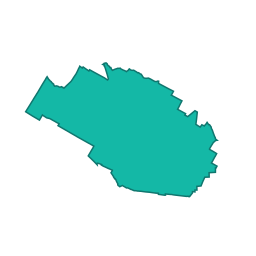 outline of General Enrique Estrada, Zacatecas, Mexico, rotated 28°
{"feature_id": "50627088B25057749099085", "entity_name": "General Enrique Estrada", "entity_type": "district", "adm_level": 2, "iso_a3": "MEX", "parent_name": "Mexico", "parent_adm1": "Zacatecas", "projection": "albers", "projection_center": [-102.806, 23.015], "detail": "fine", "context": "isolated", "style": "filled", "palette": "teal", "viewbox_px": 256, "rotation_deg": 28, "n_neighbors": 0, "source": "geoboundaries", "source_scale": "gbopen_adm2", "svg_char_len": 5201}
<svg xmlns="http://www.w3.org/2000/svg" viewBox="0 0 256 256"><g transform="rotate(28 128 128)"><path d="M199.6,87.4L198.4,86.8L198.1,87.0L197.7,87.2L195.2,85.9L195.1,87.2L195.0,87.8L194.4,90.2L194.4,90.4L193.1,90.4L191.7,90.5L191.3,93.3L191.2,93.3L190.2,93.2L189.0,93.2L188.5,93.1L186.2,92.9L184.4,88.1L181.7,81.4L181.4,81.4L179.0,81.3L176.4,87.5L175.4,89.9L172.1,89.9L172.1,88.3L163.0,88.2L163.0,86.6L163.0,84.7L162.9,82.7L162.9,78.7L158.2,78.7L156.4,78.7L154.4,78.7L152.5,78.7L150.8,78.7L150.9,77.0L150.9,74.2L150.3,74.2L146.0,74.3L139.8,74.3L135.8,74.3L134.0,74.3L133.1,72.3L132.4,72.5L132.1,72.8L131.4,73.6L130.0,74.3L127.8,74.3L125.2,74.2L122.7,74.3L121.6,75.0L120.9,75.5L119.3,76.2L118.0,76.3L114.4,74.3L113.9,74.5L113.4,74.5L113.2,74.5L112.6,74.3L111.8,74.3L111.3,74.2L110.6,74.7L109.5,74.5L105.9,74.3L104.7,75.1L103.8,75.4L102.7,75.5L102.1,75.5L101.9,75.2L101.4,75.2L101.2,76.0L101.0,77.4L100.6,77.9L100.3,78.3L100.2,78.7L100.1,79.0L99.2,78.9L98.1,78.9L96.9,79.1L95.7,79.1L94.2,79.2L93.0,78.8L91.9,79.7L91.1,79.9L89.9,81.2L88.9,82.2L88.2,83.1L87.9,83.6L87.3,84.0L87.1,84.4L86.3,84.0L85.7,83.8L85.2,83.4L84.9,83.0L84.7,83.0L84.4,82.7L83.6,83.1L83.2,82.7L82.7,82.3L81.6,82.3L80.9,82.1L80.6,81.9L80.3,81.9L80.0,81.8L79.5,81.1L79.0,81.0L78.5,80.9L78.3,80.8L78.0,80.9L77.7,81.1L77.5,81.3L77.3,81.6L77.2,82.0L76.6,82.0L76.4,82.8L76.2,83.2L75.9,83.7L77.2,83.6L77.4,83.9L77.8,83.9L77.9,84.4L78.2,84.4L79.8,85.8L84.4,90.4L87.6,93.8L87.5,94.8L87.4,95.2L86.9,95.2L86.3,95.1L85.4,95.0L83.7,94.8L82.4,94.8L71.2,94.7L66.8,94.6L66.7,96.0L63.7,95.7L59.7,95.2L59.5,96.5L56.4,96.1L56.5,96.6L56.5,96.8L56.5,97.3L56.5,97.7L56.5,98.4L56.5,99.2L56.6,99.4L56.6,100.0L56.6,100.4L56.6,100.8L56.7,101.7L56.7,102.2L56.7,102.7L56.7,103.3L56.8,104.7L56.6,105.2L56.6,106.1L56.5,106.8L56.4,107.6L56.3,108.7L56.2,109.7L56.2,110.6L56.1,111.3L56.0,112.2L55.9,113.2L55.7,114.0L55.5,114.7L55.2,115.5L54.8,116.8L54.4,117.9L53.8,119.6L53.5,120.6L52.7,122.9L51.9,122.9L51.6,122.9L51.4,122.9L51.3,122.7L51.1,122.8L50.8,122.9L50.6,122.8L50.3,122.7L50.0,122.7L49.9,122.9L49.7,122.9L49.5,123.1L49.2,123.5L48.8,124.0L48.5,124.0L47.7,124.1L47.3,124.1L46.9,124.0L46.7,124.1L46.4,124.1L46.2,124.1L45.8,124.3L45.5,124.3L45.2,124.4L44.9,124.5L44.7,124.7L44.4,125.0L44.1,125.1L43.9,125.3L43.7,125.3L43.5,125.5L43.2,125.4L42.9,125.2L42.7,125.1L42.4,124.9L42.3,124.7L42.0,124.7L41.8,124.5L41.6,124.4L41.4,124.3L41.4,124.1L41.0,124.1L40.9,124.0L40.6,123.9L40.3,124.0L39.9,123.8L39.6,123.7L39.4,123.7L39.1,123.5L38.9,123.5L38.8,123.4L38.6,123.3L38.4,123.1L37.9,123.1L37.4,123.0L36.6,122.8L36.2,122.5L35.9,122.5L35.6,122.5L35.5,122.4L35.4,122.4L35.2,122.2L34.8,122.1L34.6,122.0L34.3,121.8L34.1,121.7L33.7,121.5L33.6,121.3L33.3,121.2L32.5,120.7L32.3,122.4L32.3,124.6L32.2,125.4L31.9,130.4L31.5,140.1L31.4,140.2L31.3,142.4L31.0,146.3L30.9,148.9L30.8,149.5L30.6,153.0L30.0,161.7L34.4,162.0L35.7,162.1L37.2,162.2L38.2,162.3L38.6,162.3L46.1,162.6L46.3,156.8L46.3,156.7L47.8,156.9L48.9,157.0L49.2,157.0L51.1,157.2L51.5,157.2L53.4,156.7L54.7,156.4L55.1,156.4L58.2,156.5L58.4,156.5L60.0,156.5L60.3,156.5L61.7,156.6L61.9,156.6L62.9,156.6L65.2,156.6L65.1,158.8L82.3,159.4L85.3,159.5L85.7,159.5L87.1,159.6L92.7,159.7L96.1,159.8L106.3,160.0L106.4,161.9L106.3,163.6L106.1,168.6L106.0,171.3L113.6,173.5L114.5,173.8L117.9,174.9L117.3,174.1L117.4,173.5L118.2,173.2L118.3,173.3L119.4,172.9L120.7,172.8L121.9,172.6L121.9,173.2L124.0,173.3L124.5,173.3L125.2,173.2L126.8,173.1L129.1,173.0L129.9,173.0L130.1,172.8L130.8,172.8L131.9,172.8L132.7,172.7L134.0,172.6L134.1,172.9L134.1,173.6L134.1,174.5L134.0,175.5L138.2,177.8L138.2,178.0L139.5,178.7L140.2,178.7L140.2,179.1L140.6,179.2L141.4,179.2L142.2,180.0L143.4,180.9L144.6,181.7L145.2,182.0L145.3,182.4L145.6,182.9L146.2,183.4L147.4,183.5L148.3,183.7L150.0,181.4L151.6,181.5L152.7,181.5L153.5,181.6L154.9,181.6L155.5,181.1L156.3,181.0L157.4,180.9L158.8,180.9L159.2,180.9L159.4,180.9L159.8,180.7L161.4,180.6L162.3,180.5L162.9,180.5L163.4,180.1L163.6,180.0L164.2,179.8L164.6,179.7L164.8,179.5L165.3,179.4L165.6,179.3L166.0,179.2L166.8,178.8L168.5,178.1L168.9,177.9L169.1,177.8L169.9,177.5L170.5,177.3L173.7,176.1L177.4,174.5L177.5,174.5L179.2,173.9L180.3,173.5L182.4,172.7L182.7,172.6L183.9,172.1L184.4,171.8L185.4,171.4L186.0,172.3L188.9,171.2L189.0,171.2L192.0,170.1L192.2,169.9L192.6,169.7L192.0,168.7L192.5,168.5L195.6,167.2L196.3,166.9L197.0,166.6L197.5,166.3L198.5,166.0L199.5,165.7L201.6,164.9L204.4,163.8L207.5,162.6L211.8,160.9L212.2,160.7L212.3,160.5L212.9,160.2L213.8,159.8L214.0,160.0L214.6,159.7L215.4,155.2L214.8,153.9L217.1,153.0L216.2,151.4L218.0,150.4L217.2,149.0L216.2,147.2L219.7,144.9L219.2,140.4L218.9,135.4L222.7,133.2L220.6,129.4L226.0,126.1L224.0,122.2L224.5,122.1L224.5,119.9L224.4,119.9L218.1,119.7L218.2,117.8L218.2,117.6L218.2,112.9L218.3,112.2L218.3,109.0L215.7,108.8L210.1,108.6L209.8,108.4L209.8,106.9L209.9,104.4L210.1,101.7L210.2,100.5L210.8,99.4L210.9,98.9L211.0,98.5L211.1,98.1L212.1,97.2L212.4,97.0L210.6,96.6L210.3,96.5L210.1,96.3L209.8,96.0L209.7,95.7L209.4,95.4L209.1,95.2L208.7,95.0L208.2,94.6L207.2,93.7L206.5,93.1L205.9,92.6L203.7,90.5L203.2,90.1L202.2,89.5L201.5,88.8L200.9,88.1L200.7,87.9L200.1,87.7L199.6,87.4Z" fill="#14b8a6" stroke="#0f766e" stroke-width="1.5"/></g></svg>